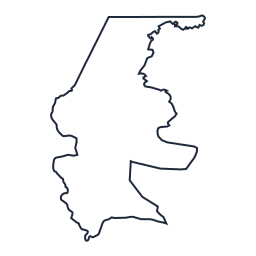 the Department of Quiché
{"feature_id": "GTM-3467", "entity_name": "Quiché", "entity_type": "Department", "adm_level": 1, "iso_a3": "GTM", "parent_name": "Guatemala", "parent_adm1": "", "projection": "mercator", "projection_center": [-90.931, 15.443], "detail": "fine", "context": "isolated", "style": "outline", "palette": "slate", "viewbox_px": 256, "rotation_deg": 0, "n_neighbors": 0, "source": "natural_earth", "source_scale": "10m", "svg_char_len": 3604}
<svg xmlns="http://www.w3.org/2000/svg" viewBox="0 0 256 256"><path d="M108.7,17.0L109.7,17.0L133.2,17.0L156.8,16.9L180.3,16.9L195.6,16.9L199.0,16.5L202.0,15.4L204.0,16.4L204.9,17.8L204.5,19.5L203.1,21.5L204.1,23.4L203.4,25.0L201.6,25.8L199.6,25.0L199.3,25.9L198.7,26.7L198.4,27.5L197.4,27.5L195.3,26.2L192.0,28.3L190.3,27.5L189.1,27.5L188.4,28.6L187.9,28.7L186.7,27.5L186.3,28.1L186.1,28.7L185.9,28.6L185.6,27.5L184.9,28.3L183.8,29.3L183.3,29.8L181.0,28.7L179.5,27.2L177.8,26.2L174.9,26.3L174.9,25.0L175.7,24.7L176.6,24.2L177.3,23.9L177.3,22.6L176.2,21.9L175.2,21.8L174.4,22.5L173.8,23.9L172.7,23.9L170.3,21.4L165.8,22.4L158.6,26.3L159.9,28.7L158.3,29.8L158.4,30.5L158.7,31.5L158.1,32.9L156.9,33.6L156.1,32.9L155.5,31.7L155.1,31.2L153.2,32.0L150.5,34.3L148.2,34.8L148.2,36.1L148.9,36.7L150.4,38.4L151.6,37.2L151.9,37.8L151.8,38.1L152.0,38.3L152.9,38.4L152.9,39.7L151.2,40.9L149.9,43.5L148.2,49.4L152.5,49.8L153.5,52.8L151.7,56.3L147.6,57.9L146.9,59.0L144.6,65.2L140.0,71.1L138.9,73.7L141.1,73.4L143.1,73.7L144.7,74.5L145.9,76.1L145.0,76.5L144.3,77.1L143.4,77.4L143.4,78.5L146.0,80.5L146.9,81.1L144.6,82.7L144.0,84.7L145.3,86.4L151.6,87.5L158.9,89.6L160.9,90.7L162.3,89.9L163.9,89.6L165.4,89.9L166.8,90.7L166.2,90.9L165.8,90.9L165.5,91.1L165.6,92.0L168.8,94.0L170.5,96.3L170.7,98.9L169.2,101.7L171.7,103.6L173.5,107.3L174.6,110.9L175.5,112.5L176.6,113.5L175.5,115.6L173.6,117.5L172.7,118.0L167.9,122.3L167.9,123.5L169.3,125.4L167.2,126.5L160.4,127.1L158.1,128.3L157.4,131.1L157.7,134.3L158.6,136.8L162.1,140.3L167.4,142.4L194.3,146.5L197.0,148.0L196.9,151.6L195.3,155.7L193.7,158.7L192.5,160.2L186.1,169.0L180.5,169.4L160.5,168.6L132.2,161.9L130.8,161.2L129.7,180.3L142.4,196.9L157.8,206.5L157.7,207.4L157.0,211.2L160.0,214.4L161.2,215.4L162.3,216.2L163.6,217.3L164.3,219.0L166.3,223.5L163.9,222.7L157.8,221.4L152.8,219.7L149.9,219.2L141.1,219.2L132.9,216.8L130.3,216.9L127.9,217.3L125.9,217.7L114.8,218.0L111.7,217.4L108.9,219.2L106.0,220.0L104.3,220.8L104.0,221.0L103.6,221.3L102.6,223.1L98.7,234.0L97.5,235.0L92.9,237.3L90.1,236.2L89.3,236.7L88.6,239.1L88.4,239.5L88.2,239.9L88.0,240.2L87.6,240.5L87.2,240.6L86.6,240.6L86.1,240.6L85.7,240.1L85.3,239.3L85.1,237.4L85.1,236.4L85.2,235.7L85.4,235.3L86.9,233.8L87.4,233.0L87.8,232.2L87.9,231.8L87.6,231.2L86.8,230.6L84.8,229.9L83.9,229.6L83.2,229.5L82.7,229.5L82.2,229.4L81.2,228.6L79.5,225.7L78.7,223.3L76.6,222.4L71.2,218.1L71.6,217.0L72.5,214.0L72.5,212.9L72.0,211.9L69.2,210.0L68.0,208.1L67.2,204.9L66.7,204.0L66.4,203.5L63.3,201.2L61.5,200.0L61.2,199.7L61.0,199.3L60.9,198.7L60.9,198.2L61.0,196.8L61.4,195.7L62.0,194.8L63.4,193.7L64.2,193.4L65.0,193.2L66.8,193.1L67.3,192.8L67.7,192.1L67.8,190.3L67.8,189.4L66.7,187.4L65.6,187.0L65.3,184.6L63.6,182.2L62.8,178.7L61.6,178.2L56.9,173.3L56.3,172.1L54.0,170.9L53.2,168.2L53.2,165.0L54.0,160.0L54.8,158.5L56.1,157.6L63.5,156.2L67.4,154.9L69.0,154.9L73.1,155.7L74.6,155.5L77.3,154.9L76.4,151.3L75.4,148.7L75.3,147.7L76.7,141.4L76.4,138.2L71.6,135.9L69.5,135.5L64.5,136.1L63.5,136.1L62.8,135.9L59.6,132.9L58.6,131.7L57.6,130.2L56.9,128.5L56.7,127.5L56.7,125.3L56.5,124.7L56.3,124.2L52.8,120.0L52.3,119.2L52.1,118.8L51.9,118.5L51.5,117.7L51.4,117.2L51.3,116.7L51.1,115.6L51.1,115.1L51.2,114.5L51.3,114.0L51.6,113.2L52.6,111.6L52.8,107.5L53.0,106.8L53.4,105.8L54.0,105.0L55.0,103.0L55.4,101.3L55.7,99.2L56.0,98.4L56.5,98.1L57.1,98.2L57.7,98.1L58.4,97.8L60.5,96.0L60.9,95.8L61.4,95.7L61.9,95.6L63.0,95.6L63.6,95.5L68.2,92.2L68.8,91.2L69.5,91.1L71.0,90.9L71.6,90.7L72.0,90.4L71.8,90.0L71.6,89.7L71.4,88.5L74.6,85.4L75.0,84.8L86.1,62.1L87.8,58.9L108.7,17.0Z" fill="none" stroke="#1e293b" stroke-width="2"/></svg>